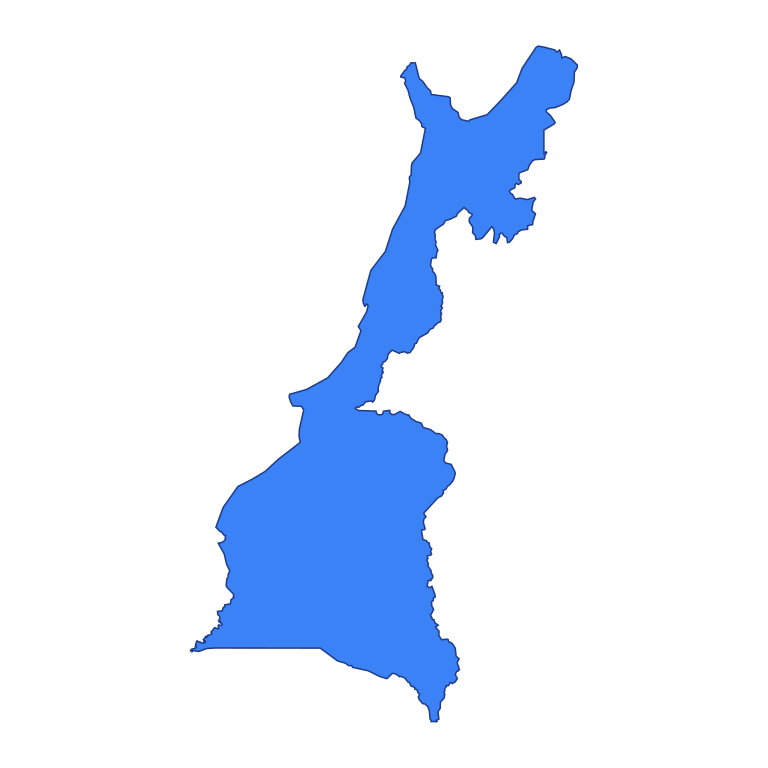 outline of Ho West, Volta, Ghana
{"feature_id": "2480657B47242267083805", "entity_name": "Ho West", "entity_type": "district", "adm_level": 2, "iso_a3": "GHA", "parent_name": "Ghana", "parent_adm1": "Volta", "projection": "orthographic", "projection_center": [0.372, 6.6], "detail": "fine", "context": "isolated", "style": "filled", "palette": "blue", "viewbox_px": 768, "rotation_deg": 0, "n_neighbors": 0, "source": "geoboundaries", "source_scale": "gbopen_adm2", "svg_char_len": 6093}
<svg xmlns="http://www.w3.org/2000/svg" viewBox="0 0 768 768"><path d="M451.2,464.4L445.5,462.9L443.8,460.5L445.2,453.7L446.8,451.9L447.6,449.6L446.5,446.7L447.5,442.4L446.1,439.4L444.5,438.3L442.3,435.1L439.2,433.6L435.7,433.5L430.5,429.6L423.1,427.4L421.3,423.1L415.9,421.4L410.5,418.0L408.9,415.0L405.7,414.5L400.1,411.4L394.4,414.6L391.9,414.4L390.0,413.1L389.7,410.3L383.4,411.2L382.7,414.0L380.9,414.8L378.2,414.7L376.5,413.6L376.0,411.1L358.5,410.5L355.2,408.4L356.5,406.9L358.7,407.3L361.6,405.1L362.9,405.2L365.9,401.4L366.5,401.8L371.2,400.8L372.7,402.1L374.6,399.7L375.5,395.4L378.5,391.2L378.1,388.9L378.6,385.6L380.4,381.3L380.7,378.3L382.0,377.5L381.3,375.6L383.3,372.0L382.2,371.3L383.0,368.0L381.3,366.9L381.3,365.3L382.5,364.6L382.9,362.2L385.0,361.5L387.4,358.6L387.9,354.7L389.2,353.0L392.1,350.1L399.3,353.4L400.7,352.4L404.8,351.7L407.3,353.2L410.1,352.5L413.8,347.3L414.7,343.9L416.4,343.3L419.1,337.7L427.6,333.0L429.9,329.4L433.3,328.0L434.1,326.2L438.2,322.5L440.1,322.0L441.2,320.0L440.7,316.3L441.6,313.2L440.7,312.5L440.6,311.2L442.4,307.7L440.8,306.2L441.7,305.3L442.7,301.9L442.1,300.7L443.1,296.1L442.2,294.4L442.4,292.9L441.1,292.9L440.2,289.8L438.8,288.8L439.6,286.2L436.3,285.0L435.9,276.4L434.8,273.7L432.6,271.4L432.6,268.8L430.5,265.7L431.3,259.5L432.3,258.0L436.2,257.8L436.7,252.7L437.9,250.5L435.5,244.9L436.1,241.8L435.1,239.6L435.1,233.7L434.3,232.5L435.4,229.6L443.7,223.9L445.3,220.7L450.3,219.2L456.4,216.1L457.4,213.6L464.0,207.6L467.7,210.5L468.7,212.4L472.2,214.3L471.9,215.7L469.4,218.3L469.2,221.8L472.9,227.3L472.6,232.7L475.4,235.8L475.8,239.4L481.1,238.8L483.2,237.2L491.9,226.6L493.7,229.1L494.5,233.3L493.4,242.2L496.1,243.6L499.5,236.9L499.3,234.4L501.2,233.2L502.2,233.3L504.5,236.3L506.8,237.5L507.5,242.6L509.5,242.2L512.7,238.5L514.4,234.8L517.4,233.6L518.2,231.7L521.6,229.9L527.6,229.3L527.7,225.6L532.6,224.7L532.9,221.6L535.5,213.7L531.9,210.7L532.0,208.4L533.2,202.0L535.6,198.9L534.2,197.4L527.3,199.6L520.0,198.1L515.8,199.0L514.7,198.4L512.3,194.1L510.5,193.3L509.4,191.1L509.8,190.2L514.3,188.1L515.1,186.9L514.9,184.8L516.1,183.4L518.4,184.5L521.1,183.0L521.3,181.7L518.9,179.3L518.9,173.7L519.8,172.7L527.8,169.6L529.4,165.1L532.4,160.9L535.0,159.6L544.0,159.1L544.8,157.8L544.6,156.3L546.6,152.4L545.9,151.8L543.9,153.2L543.9,130.1L552.9,124.7L554.7,123.4L555.1,122.2L550.2,115.2L546.2,111.8L546.5,109.6L549.7,108.1L555.1,107.6L562.9,104.4L567.1,101.8L569.5,99.0L571.1,90.5L574.0,82.2L574.4,72.1L577.1,68.0L577.4,65.1L571.1,58.9L565.2,56.5L561.8,57.9L561.4,54.3L559.5,50.0L556.9,52.2L554.8,49.9L543.9,47.1L538.1,46.1L536.0,47.5L522.2,68.1L516.6,82.8L500.7,100.6L487.1,114.7L469.8,119.9L468.8,121.3L461.6,119.7L459.1,117.1L458.0,112.4L452.3,108.5L450.5,104.6L450.2,97.8L448.5,96.7L431.1,94.5L430.6,91.0L427.1,87.7L422.8,81.4L419.2,78.5L415.3,62.9L410.9,62.8L409.6,65.1L407.1,66.8L406.9,68.7L404.6,70.7L400.7,76.1L400.8,77.0L404.7,77.9L405.3,79.5L405.6,81.2L404.6,83.5L407.9,89.8L409.9,97.7L413.9,107.9L415.9,118.0L419.6,120.8L421.7,124.1L421.9,126.6L425.4,128.4L420.5,153.1L412.2,162.8L411.5,165.5L411.0,175.5L409.7,176.4L409.3,178.0L409.8,182.4L405.1,206.1L392.5,229.3L385.4,251.4L370.8,270.5L362.9,299.5L363.3,303.2L364.6,306.1L365.5,306.1L366.2,304.1L367.4,304.4L368.1,306.0L366.6,311.9L358.3,326.5L361.0,330.7L355.0,347.3L347.9,352.6L341.1,362.7L327.6,377.9L306.4,389.5L289.6,394.3L289.1,397.0L290.7,402.0L292.9,406.0L301.5,406.3L303.7,409.9L299.4,429.0L299.1,436.4L300.2,442.4L278.4,459.2L265.2,471.4L252.0,479.3L237.9,486.5L223.1,507.5L215.9,527.2L220.3,531.7L221.6,531.9L223.4,534.7L225.5,535.5L225.1,537.4L225.7,538.7L223.9,541.2L222.0,542.4L218.2,543.2L224.2,553.9L226.6,564.3L229.4,570.0L229.5,571.7L228.1,574.4L228.3,576.7L226.8,578.9L226.1,585.7L227.5,588.0L233.7,594.3L233.2,597.5L233.7,597.8L231.0,599.7L230.4,603.8L224.7,604.9L224.8,606.9L223.3,607.3L222.4,610.7L217.5,611.4L217.8,614.6L219.4,615.9L220.0,618.3L218.6,620.6L220.0,621.0L220.5,621.6L219.4,622.1L221.9,623.7L222.1,624.8L221.1,625.6L218.8,624.8L218.1,625.9L218.8,628.2L217.9,628.8L214.7,627.6L211.0,632.1L211.9,633.6L209.5,635.1L208.0,635.1L207.6,636.7L205.6,637.6L206.5,636.2L206.0,636.2L203.3,639.7L204.4,640.8L203.8,641.2L204.2,642.2L204.8,642.0L204.8,640.8L205.5,641.3L204.7,642.9L202.0,643.1L199.7,641.8L198.9,642.2L197.4,640.9L196.7,641.1L195.6,644.5L196.3,645.6L195.3,646.2L196.2,647.2L195.9,647.8L191.0,649.5L190.6,650.8L192.3,650.4L192.2,651.6L193.4,650.6L198.7,651.5L206.7,648.5L215.1,648.0L320.2,648.1L337.5,660.9L345.1,663.1L349.0,665.8L351.6,665.4L352.6,667.4L368.0,670.7L379.8,676.5L386.9,678.7L392.3,673.4L394.6,673.6L398.3,675.5L399.2,676.7L400.3,676.3L404.7,677.9L407.7,681.8L409.3,682.5L410.9,685.9L414.6,687.4L415.0,689.4L417.0,689.7L417.9,692.6L419.6,694.6L418.3,697.0L419.1,699.4L422.6,703.6L425.0,704.0L427.6,706.5L429.2,710.0L430.1,719.2L431.2,720.4L431.1,721.7L434.7,721.4L435.4,721.9L437.1,721.3L436.5,720.2L438.9,719.1L438.0,711.8L440.2,708.4L440.4,702.3L444.1,698.0L444.8,694.2L444.0,691.8L444.9,690.8L444.7,688.6L446.5,686.5L446.2,685.6L448.5,685.6L450.2,682.4L452.2,683.6L455.0,682.1L457.3,678.7L455.3,674.4L456.6,671.4L458.1,671.1L459.5,669.4L458.4,668.0L458.8,666.8L457.4,664.1L457.4,662.1L459.1,658.8L456.1,656.2L455.3,648.2L452.5,643.8L450.9,642.5L448.6,641.9L448.1,639.5L447.2,639.1L441.5,639.7L438.9,635.4L439.0,631.1L435.4,627.1L438.2,625.2L434.8,622.7L433.9,619.6L432.3,619.5L432.0,617.7L430.5,615.7L433.6,609.4L431.8,605.9L431.5,601.8L433.2,600.7L433.5,598.0L435.1,597.2L435.1,595.2L431.9,586.3L429.7,587.7L427.2,586.3L428.0,580.8L431.0,580.5L430.6,579.3L432.4,578.5L432.9,576.1L430.9,572.0L431.1,570.6L427.7,565.5L428.4,564.1L426.9,559.9L428.0,558.3L427.2,557.2L427.3,556.0L430.9,555.0L431.6,554.1L430.6,551.3L431.7,548.9L429.7,546.6L429.2,543.0L427.1,542.1L426.4,540.6L423.0,539.6L421.5,530.9L422.5,529.7L424.4,529.7L425.1,528.9L423.3,522.1L424.0,518.9L426.0,516.8L424.1,514.2L424.0,512.8L436.6,499.2L438.5,497.4L441.7,495.9L443.5,492.8L443.1,490.7L446.1,488.9L447.6,486.0L449.2,485.3L452.7,481.2L454.1,478.2L455.3,473.3L454.6,471.1L451.2,464.4Z" fill="#3b82f6" stroke="#1e3a8a" stroke-width="1.5"/></svg>